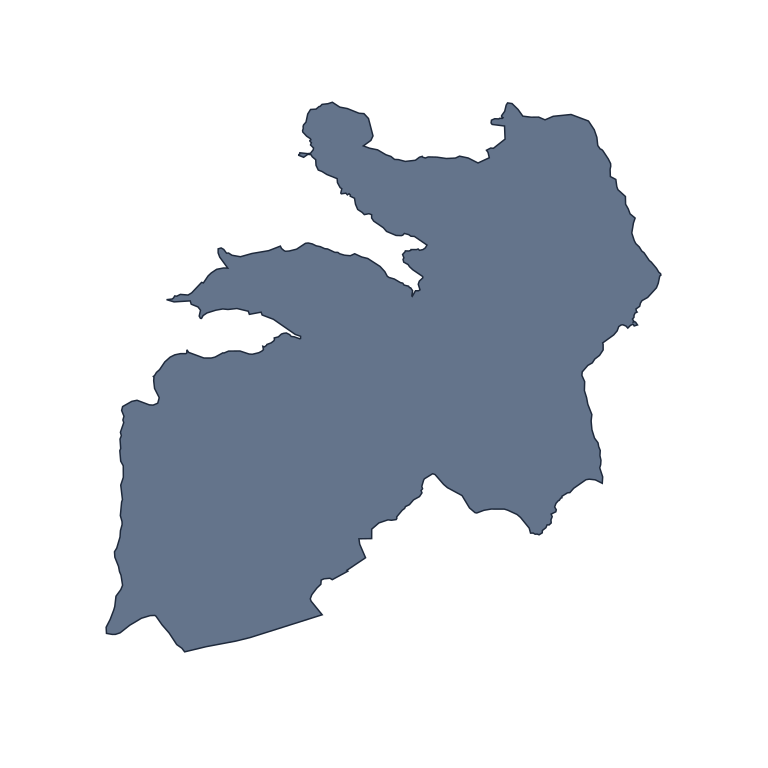 Teliucu Inferior, Hunedoara, Romania (Robinson projection), rotated 10°
{"feature_id": "2599482B31599362793589", "entity_name": "Teliucu Inferior", "entity_type": "district", "adm_level": 2, "iso_a3": "ROU", "parent_name": "Romania", "parent_adm1": "Hunedoara", "projection": "robinson", "projection_center": [22.87, 45.686], "detail": "fine", "context": "isolated", "style": "filled", "palette": "slate", "viewbox_px": 768, "rotation_deg": 10, "n_neighbors": 0, "source": "geoboundaries", "source_scale": "gbopen_adm2", "svg_char_len": 6156}
<svg xmlns="http://www.w3.org/2000/svg" viewBox="0 0 768 768"><g transform="rotate(10 384 384)"><path d="M611.4,425.9L610.9,421.4L609.1,417.1L608.5,411.9L606.3,408.4L605.0,404.8L600.7,400.7L596.7,392.9L594.4,384.4L594.0,378.0L588.2,368.5L585.9,362.3L582.5,355.7L581.2,346.8L577.4,341.2L577.1,337.7L581.5,330.3L585.5,327.0L587.2,322.9L591.3,318.4L593.9,312.4L592.9,306.9L592.2,305.6L601.7,295.8L604.4,291.2L605.2,286.7L607.3,284.7L608.9,284.2L612.2,284.9L614.4,286.6L616.6,283.4L618.4,282.2L619.2,282.1L620.3,283.4L623.4,281.8L621.0,279.4L619.7,279.1L618.7,279.8L618.8,278.4L617.4,276.9L618.6,275.0L618.3,273.0L618.9,270.6L620.8,269.2L619.9,268.5L619.1,266.4L622.3,263.1L622.5,259.8L623.6,257.1L628.6,253.0L635.6,242.0L636.6,237.2L636.8,229.9L637.8,228.7L637.2,227.3L635.3,226.3L632.3,222.8L626.0,217.5L623.8,216.3L617.3,209.6L614.8,208.3L611.6,204.7L607.6,202.0L605.6,199.4L601.8,192.3L601.7,182.2L602.5,177.0L596.8,173.7L594.1,169.1L590.7,165.0L589.2,157.4L580.6,152.0L579.0,149.2L576.8,142.3L570.9,140.4L569.4,133.3L569.5,130.3L568.9,127.6L565.8,123.4L559.1,116.3L557.7,115.3L556.1,115.0L553.1,112.0L550.8,104.1L546.9,97.1L539.7,89.5L521.4,86.1L504.1,91.0L496.7,95.9L490.0,94.3L482.6,95.7L474.2,96.1L468.3,90.3L461.4,85.6L456.9,85.7L455.9,88.1L455.5,94.5L453.2,99.3L453.4,100.3L455.0,101.1L454.4,101.9L451.6,102.3L451.1,103.0L447.0,103.5L444.0,105.5L444.1,108.3L445.4,109.6L457.9,109.0L460.7,121.8L450.8,132.9L448.1,133.1L444.3,136.0L446.2,137.8L448.4,142.9L438.2,150.0L427.7,146.8L418.8,146.5L415.1,149.1L406.2,151.1L396.7,151.4L388.1,152.7L385.4,154.3L382.4,153.8L382.1,153.2L379.5,154.5L376.1,158.2L366.3,161.1L359.2,160.5L355.4,161.0L351.3,158.7L346.1,157.9L337.0,154.5L328.9,154.3L322.3,153.1L328.8,146.4L330.1,141.6L322.6,125.2L317.3,121.2L312.4,121.7L300.1,119.1L292.4,119.0L284.2,115.5L280.1,117.7L274.4,119.4L272.9,121.7L271.9,122.0L269.3,125.1L264.0,126.4L262.0,131.3L261.7,139.6L259.8,142.8L259.6,144.3L260.1,146.4L259.8,148.6L260.3,150.0L264.8,153.4L268.9,155.2L269.6,156.2L268.7,157.1L269.0,157.9L270.6,159.0L270.1,161.3L273.6,163.8L273.6,165.7L271.5,169.6L268.8,170.4L261.0,170.9L261.1,172.0L260.2,172.9L260.3,173.6L265.5,174.7L269.1,171.1L272.2,170.8L273.9,172.7L277.8,175.0L279.1,180.5L282.1,184.7L286.1,185.5L291.3,187.6L302.2,189.9L303.2,193.8L306.7,198.2L308.5,199.0L308.3,203.5L309.0,204.1L313.3,202.7L315.1,204.1L316.5,202.7L318.0,203.6L318.1,204.9L322.7,206.2L324.7,211.9L327.8,216.7L332.7,218.8L335.2,220.6L339.6,218.9L342.4,219.4L343.0,222.7L345.6,225.4L356.2,230.2L360.0,233.3L370.1,235.6L375.2,234.9L376.6,234.2L377.9,232.2L382.4,232.6L384.9,233.8L388.3,233.4L402.2,239.7L401.1,242.7L399.1,244.8L395.8,246.2L394.2,245.1L392.6,246.0L387.2,246.9L387.2,247.7L385.4,248.7L381.9,249.2L381.8,250.1L379.8,253.2L381.7,256.3L381.1,258.0L382.3,260.6L387.0,262.2L388.8,264.1L392.5,266.5L403.4,271.4L403.8,272.7L400.9,276.6L400.4,279.8L403.1,285.0L401.8,286.2L398.8,286.7L396.6,292.8L396.1,292.4L396.0,287.2L393.6,284.7L392.4,284.6L391.2,283.4L386.6,283.1L384.9,281.4L382.6,281.3L375.9,278.8L370.4,278.2L368.5,277.3L365.3,273.2L359.7,268.9L346.2,263.2L340.0,262.8L332.5,260.8L328.6,263.5L322.7,264.0L317.6,263.4L315.7,262.4L312.7,262.9L305.0,260.8L302.1,261.0L297.4,259.8L293.2,259.7L289.1,258.5L284.9,258.3L282.2,259.1L274.5,266.4L267.5,269.5L263.9,270.4L262.4,270.0L259.5,268.3L258.0,266.2L247.3,272.7L231.3,278.4L220.5,283.6L211.9,283.6L208.2,282.0L206.2,282.5L202.8,279.3L200.0,278.3L197.2,279.7L197.9,283.7L200.2,287.6L210.0,297.0L205.9,297.6L199.3,300.1L194.6,304.6L192.0,308.1L188.6,315.8L186.7,315.6L178.8,327.6L175.6,330.4L167.9,331.1L164.7,333.5L162.6,333.6L161.8,335.8L160.6,337.1L155.2,338.7L163.0,339.6L178.7,335.8L180.3,338.9L187.4,340.4L190.5,343.2L190.2,349.2L191.8,351.2L192.9,351.1L194.0,348.0L197.3,344.8L205.6,340.5L212.2,338.1L217.4,337.7L226.1,335.2L237.7,335.9L239.3,338.8L250.5,334.6L252.0,337.2L263.9,339.5L288.0,350.6L293.6,351.5L293.9,353.7L293.1,354.1L287.3,353.1L284.4,353.3L282.6,351.8L279.0,350.7L276.4,351.5L274.3,352.6L271.8,355.9L267.9,357.7L268.4,359.5L268.0,360.6L265.7,363.1L261.8,365.4L261.6,366.3L259.8,368.2L258.1,367.9L259.3,371.1L258.0,372.8L255.3,374.9L249.1,377.6L245.9,377.9L236.4,376.5L225.2,378.6L221.0,381.3L219.9,381.3L213.0,386.8L209.4,388.4L202.2,389.7L186.2,386.8L184.3,384.9L184.0,385.1L184.4,387.7L183.6,388.5L178.4,389.4L172.9,391.6L168.7,394.7L164.3,400.3L160.5,408.8L157.9,412.1L156.5,415.7L155.5,416.6L156.3,417.4L156.6,420.7L158.8,428.2L165.0,436.5L164.5,442.2L160.3,444.9L156.5,445.3L143.6,442.9L138.6,444.9L130.5,451.6L130.2,455.6L133.5,460.9L133.1,464.8L134.4,467.2L132.8,477.3L134.3,480.5L133.6,484.1L135.9,493.3L135.4,495.5L138.1,505.7L141.4,509.8L143.5,521.2L142.3,529.3L146.5,543.3L146.1,545.8L147.2,559.4L149.9,565.0L150.5,567.9L149.9,574.2L150.6,580.5L149.3,592.0L147.7,596.0L149.0,601.3L154.2,609.7L156.1,614.7L158.2,618.0L161.5,627.6L160.5,632.2L156.9,639.5L157.5,649.8L157.1,653.5L155.2,663.4L152.6,671.8L154.0,677.8L159.9,677.8L163.0,677.2L167.3,674.9L175.5,665.7L185.8,656.8L193.9,652.7L198.5,651.7L199.8,652.3L207.2,659.7L215.7,666.6L225.1,676.6L230.8,679.3L234.2,682.4L254.4,673.6L283.0,662.8L296.3,656.9L363.2,622.0L350.0,610.6L348.7,608.4L349.5,604.0L353.4,596.5L356.6,592.2L356.2,588.0L358.7,586.3L364.5,584.7L367.0,585.7L380.9,574.6L379.8,573.9L396.0,558.3L387.9,546.0L386.2,540.8L398.7,538.4L397.1,529.1L403.1,521.7L411.5,517.1L415.0,516.9L419.5,515.4L420.0,514.2L419.6,512.6L423.9,505.1L425.9,503.0L426.4,501.0L430.0,498.4L433.2,493.0L438.5,488.7L440.3,484.6L439.0,482.5L440.2,480.5L439.0,478.3L439.7,471.9L440.2,470.4L447.5,463.9L450.0,464.3L460.1,472.5L464.5,475.1L480.2,480.3L489.7,491.2L496.0,494.9L497.8,494.9L504.4,491.0L511.1,488.6L524.2,486.3L527.8,486.8L537.7,489.4L541.6,491.7L552.0,500.7L554.2,505.4L556.9,504.9L558.9,505.7L560.9,505.2L562.9,505.6L565.7,503.1L565.4,500.8L568.4,497.4L569.1,494.4L571.1,494.1L572.8,491.8L572.0,488.7L572.7,485.5L571.2,483.1L575.4,480.0L575.5,477.9L573.4,475.5L574.1,471.7L576.1,468.4L576.8,468.2L577.8,465.8L579.0,465.1L578.7,463.7L583.6,459.3L585.9,458.7L588.9,453.8L599.5,443.2L602.6,442.1L608.7,441.7L616.2,443.9L615.5,437.5L611.0,429.1L611.4,425.9Z" fill="#64748b" stroke="#1e293b" stroke-width="1.5"/></g></svg>